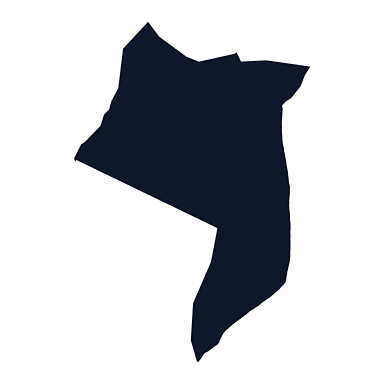 Quatre Chemins, Castries, Saint Lucia (orthographic projection)
{"feature_id": "8701671B54761121422893", "entity_name": "Quatre Chemins", "entity_type": "district", "adm_level": 2, "iso_a3": "LCA", "parent_name": "Saint Lucia", "parent_adm1": "Castries", "projection": "orthographic", "projection_center": [-60.975, 13.991], "detail": "fine", "context": "isolated", "style": "filled", "palette": "ink", "viewbox_px": 384, "rotation_deg": 0, "n_neighbors": 0, "source": "geoboundaries", "source_scale": "gbopen_adm2", "svg_char_len": 2492}
<svg xmlns="http://www.w3.org/2000/svg" viewBox="0 0 384 384"><path d="M148.0,23.0L123.8,49.0L119.0,88.5L112.1,101.3L109.8,109.8L104.7,115.0L101.1,126.4L90.5,137.2L85.5,142.5L81.8,144.8L74.9,158.6L75.3,159.8L75.7,158.8L218.3,227.7L211.7,262.1L193.8,303.5L191.6,340.2L197.6,361.0L198.3,360.9L202.1,355.7L202.8,354.3L203.5,353.1L204.0,352.8L205.5,351.9L206.4,351.4L207.5,350.9L209.3,349.5L210.0,349.0L211.8,347.5L213.6,346.1L215.6,344.9L216.8,344.1L218.2,342.4L218.8,341.0L219.2,339.9L219.6,338.9L220.8,336.6L222.0,334.2L223.3,332.2L224.6,330.6L225.4,329.7L225.9,329.2L226.5,328.8L228.9,326.9L229.8,326.1L230.4,325.5L232.3,323.8L234.0,322.5L236.3,320.9L237.9,319.5L239.9,318.3L241.5,316.9L244.4,314.7L245.7,314.0L246.2,313.5L247.5,312.2L248.0,311.8L248.9,311.0L251.4,309.4L251.8,309.1L253.3,308.4L255.8,306.5L257.6,305.5L258.1,305.3L258.7,304.7L261.0,302.5L262.9,301.2L263.7,300.6L265.4,299.4L267.0,298.3L267.7,297.8L269.5,296.7L271.5,294.9L272.9,293.9L274.2,292.7L275.0,292.0L276.2,291.0L276.7,290.5L278.9,288.7L279.8,287.5L282.3,284.9L283.8,283.4L285.0,281.4L285.4,279.6L285.6,278.4L285.9,275.9L286.3,274.4L286.6,271.6L287.2,269.6L287.8,266.2L288.1,265.1L288.4,264.0L288.8,262.4L289.1,260.2L289.2,259.2L289.5,256.0L289.6,253.9L289.4,251.3L289.7,249.7L289.7,247.2L289.7,245.5L289.7,244.2L289.7,241.8L289.7,241.3L289.6,239.8L289.7,236.5L289.7,235.3L289.5,231.9L289.8,230.0L289.8,228.4L289.8,225.8L289.8,224.6L289.7,222.4L289.2,220.0L289.3,217.1L289.1,214.6L289.1,212.6L289.0,211.9L288.6,209.8L288.4,205.0L288.5,202.6L288.4,200.5L288.8,196.8L289.0,194.5L289.2,192.8L289.1,191.9L289.1,191.1L289.1,189.3L289.2,188.2L289.1,187.2L289.0,185.8L288.9,185.2L288.4,183.3L288.1,181.3L287.8,178.0L287.6,176.8L287.5,176.3L287.4,175.6L287.3,174.0L287.1,172.0L287.0,171.1L286.8,170.0L286.4,168.3L285.9,165.3L285.6,163.8L285.5,161.9L285.3,161.0L284.9,158.6L284.4,156.2L284.2,154.7L284.1,154.0L283.9,153.3L283.4,151.6L283.2,148.8L282.6,146.2L282.4,145.1L282.2,144.4L282.0,142.7L281.9,142.0L281.5,139.0L281.5,136.9L281.4,134.5L281.2,132.7L281.1,129.4L281.1,127.7L281.2,127.0L281.1,125.3L281.0,124.2L281.0,122.7L281.2,119.8L281.4,117.6L281.4,116.7L281.5,115.1L281.6,113.0L281.9,109.3L281.8,108.5L281.7,107.7L281.2,105.3L282.2,104.2L285.1,101.1L287.2,99.7L290.7,97.5L294.8,92.3L299.8,86.0L301.1,82.8L304.3,74.6L309.1,67.2L266.3,61.1L240.5,62.4L236.9,54.6L236.4,53.5L234.9,54.5L233.1,54.9L200.1,62.2L198.7,62.5L192.3,59.9L185.8,57.2L158.6,37.2L148.0,23.0Z" fill="#0f172a" stroke="#020617" stroke-width="1.5"/></svg>